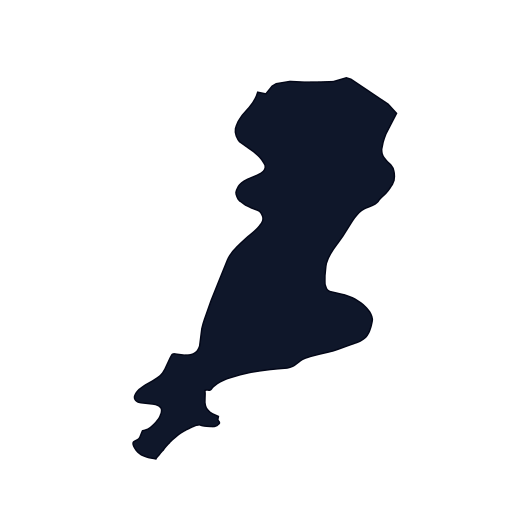 Tien Lang, Hải Phòng, Vietnam (Equal Earth projection), rotated 249°
{"feature_id": "81297802B70010606578992", "entity_name": "Tien Lang", "entity_type": "district", "adm_level": 2, "iso_a3": "VNM", "parent_name": "Vietnam", "parent_adm1": "Hải Phòng", "projection": "equal_earth", "projection_center": [106.556, 20.711], "detail": "fine", "context": "isolated", "style": "filled", "palette": "ink", "viewbox_px": 512, "rotation_deg": 249, "n_neighbors": 0, "source": "geoboundaries", "source_scale": "gbopen_adm2", "svg_char_len": 5287}
<svg xmlns="http://www.w3.org/2000/svg" viewBox="0 0 512 512"><g transform="rotate(249 256 256)"><path d="M133.5,87.4L132.3,86.2L130.1,84.2L128.5,82.7L127.5,81.4L127.1,80.2L126.8,78.0L126.6,76.2L126.3,75.0L125.5,74.2L124.3,73.8L123.0,73.7L122.2,73.7L120.5,73.9L117.6,74.5L115.2,75.4L113.3,76.5L111.4,77.7L109.2,80.0L107.2,82.3L106.0,83.9L103.4,88.3L102.4,89.8L103.0,90.4L103.5,91.2L103.8,91.8L104.1,92.3L104.3,92.7L104.6,93.4L105.0,94.1L105.4,94.8L105.8,95.4L106.3,96.2L106.6,96.7L106.8,97.2L107.2,97.9L107.4,98.3L107.7,98.9L108.0,99.8L108.3,100.2L108.6,100.6L109.0,101.2L109.4,101.8L109.7,102.3L110.4,103.6L110.8,104.3L111.1,105.0L111.5,105.7L112.2,107.2L112.4,107.8L112.7,108.4L113.2,109.1L113.8,110.7L114.2,111.5L114.5,112.3L114.9,113.4L115.2,114.3L115.7,115.8L116.4,117.7L116.7,118.6L116.9,119.2L117.2,120.2L117.4,121.1L117.7,122.1L117.8,122.8L118.4,126.0L118.5,127.1L118.6,127.8L118.8,128.6L118.8,129.4L118.9,130.6L118.9,131.3L119.1,132.6L119.2,134.1L119.3,135.0L119.3,135.5L119.3,136.3L119.4,138.2L119.4,138.5L119.4,139.1L119.4,139.5L119.0,141.1L118.9,141.8L118.8,142.3L118.7,142.8L118.7,143.0L118.3,143.2L117.0,144.8L116.1,146.3L115.9,146.6L115.8,146.8L115.0,148.4L114.7,149.0L113.5,151.6L112.2,154.6L111.7,156.2L111.7,158.8L112.1,159.8L112.6,161.3L113.0,161.9L113.3,162.1L113.6,162.1L113.9,162.2L114.3,162.2L114.8,162.1L115.3,161.9L115.8,161.8L116.4,161.7L117.0,161.8L117.4,161.9L117.8,162.2L118.2,162.5L119.7,163.4L124.3,158.8L126.7,157.0L130.1,155.6L132.2,155.1L134.7,155.2L137.6,155.8L141.5,157.4L145.8,159.2L148.8,160.1L148.7,161.6L148.3,162.8L147.6,163.8L147.3,164.6L147.3,165.3L147.5,166.1L147.8,166.7L148.7,168.1L149.3,169.4L150.3,172.6L150.8,174.2L151.0,175.5L151.3,177.0L151.5,179.3L151.7,182.2L151.8,183.7L151.8,185.6L151.6,188.4L150.8,198.6L149.6,207.4L149.1,210.5L149.0,210.8L147.4,218.3L145.3,227.0L145.1,227.9L142.9,235.9L140.9,242.7L140.5,244.0L140.2,245.2L140.0,247.0L139.9,248.2L139.9,249.5L139.9,250.7L140.0,251.8L140.3,253.2L142.2,259.6L142.5,260.8L142.8,262.3L142.9,264.0L143.0,266.2L142.9,266.5L142.7,271.0L141.7,279.6L140.4,288.9L139.9,293.1L139.8,293.4L139.6,297.5L139.5,301.2L139.4,308.4L139.2,317.0L139.1,318.2L139.1,320.8L139.2,322.7L139.5,324.3L139.9,326.2L140.3,327.6L140.8,329.1L141.3,330.1L142.2,331.5L143.8,333.5L144.6,334.4L145.8,335.5L148.2,337.5L149.8,338.7L153.0,340.8L154.8,341.8L155.9,342.1L156.1,342.1L157.9,342.4L160.4,342.4L163.0,342.1L165.6,341.3L167.7,340.6L172.1,338.6L174.5,337.2L177.0,335.4L180.3,333.0L182.4,331.1L184.9,328.3L186.8,326.1L188.0,324.7L189.3,322.7L191.6,319.3L192.7,317.7L196.4,312.2L196.9,311.8L197.6,311.2L198.4,310.7L199.3,310.3L200.6,310.1L203.8,310.2L204.9,310.3L207.5,311.2L213.1,313.4L221.5,317.6L224.0,319.1L228.1,322.7L231.3,326.3L234.4,330.4L234.5,330.5L238.3,336.3L238.7,337.0L243.4,344.1L252.3,356.0L254.1,358.4L256.3,361.6L258.5,365.5L259.7,367.9L260.7,370.9L261.2,373.6L261.4,375.4L261.4,379.5L261.5,382.6L261.8,385.7L262.5,387.9L263.1,389.4L264.4,391.3L265.7,394.0L267.9,399.5L269.8,402.9L271.4,405.4L273.0,407.5L273.9,408.9L276.6,411.4L276.9,411.8L280.6,413.7L283.7,414.7L285.8,415.1L288.8,415.4L291.1,414.9L293.0,414.4L297.0,412.4L299.6,411.5L302.2,410.7L303.7,410.4L306.4,410.4L308.6,410.9L310.7,411.6L313.0,413.1L316.8,415.5L320.1,418.1L323.5,421.1L338.8,438.3L350.5,433.7L359.5,427.3L360.4,426.7L387.0,408.0L390.0,404.2L390.1,402.8L391.1,390.7L395.4,378.3L400.9,363.6L406.8,350.3L409.6,336.6L408.8,331.9L403.8,323.3L408.3,316.3L405.3,313.8L403.3,311.7L400.3,308.0L396.8,302.3L396.2,301.0L392.3,293.6L390.0,290.3L387.9,287.5L384.7,284.4L382.3,282.5L379.0,281.1L375.2,280.6L371.5,280.9L370.8,281.0L368.6,281.6L358.5,288.3L354.2,291.2L349.3,293.8L347.1,294.8L344.1,295.8L341.3,296.4L339.3,296.8L337.6,297.0L337.0,296.9L335.2,296.3L333.6,295.0L332.4,293.2L331.5,290.4L331.1,286.8L331.0,286.0L330.7,275.7L330.2,271.7L329.4,268.7L328.3,266.1L327.3,264.5L324.5,261.5L322.6,260.1L320.8,259.6L318.0,259.5L315.5,259.7L314.7,260.0L313.2,260.5L312.1,261.4L308.7,263.5L307.2,264.5L305.8,265.9L304.0,267.6L302.4,269.0L302.1,269.4L300.4,271.3L298.0,274.0L296.4,275.4L294.3,276.1L292.7,276.3L290.8,276.4L289.2,276.2L287.7,275.6L286.3,274.7L284.6,272.9L283.3,270.7L282.9,270.2L281.5,267.6L280.7,265.8L279.3,262.3L278.7,260.6L277.5,257.0L277.0,255.4L275.6,251.8L274.8,249.8L273.4,246.2L272.7,244.6L271.3,241.3L270.4,239.6L268.8,236.3L268.0,235.0L267.5,234.3L267.1,233.7L265.8,231.7L264.2,229.7L262.6,228.0L244.5,211.1L234.9,202.2L230.7,198.3L216.5,186.2L215.7,185.5L211.7,182.3L207.6,179.4L192.1,171.1L190.5,169.6L189.5,168.5L188.2,166.7L187.6,164.9L187.3,163.6L187.1,162.2L187.2,160.4L187.4,158.9L187.8,157.3L189.2,153.4L192.9,146.5L193.9,144.8L194.2,143.6L194.2,142.7L193.8,141.9L191.5,139.2L182.8,130.2L181.9,129.0L180.3,127.0L179.0,124.5L178.4,123.1L177.6,120.1L176.4,114.5L175.3,106.8L174.9,105.0L174.2,102.3L173.7,100.6L173.3,99.0L172.2,96.8L171.3,95.3L170.1,93.8L168.5,92.3L167.1,91.7L166.0,91.6L164.4,91.9L163.1,92.6L161.8,93.6L160.4,95.7L159.4,97.6L154.5,107.1L153.2,109.2L152.3,110.2L152.2,110.2L151.4,111.1L150.5,111.8L149.7,112.2L149.4,112.3L148.2,112.8L147.1,112.9L145.4,112.4L143.9,111.6L143.0,111.0L142.0,110.0L140.8,109.0L139.7,107.8L138.8,106.6L137.9,105.0L136.6,102.9L135.7,101.0L134.7,98.6L133.7,95.9L133.1,93.1L133.2,89.5L133.5,87.4Z" fill="#0f172a" stroke="#020617" stroke-width="1.5"/></g></svg>